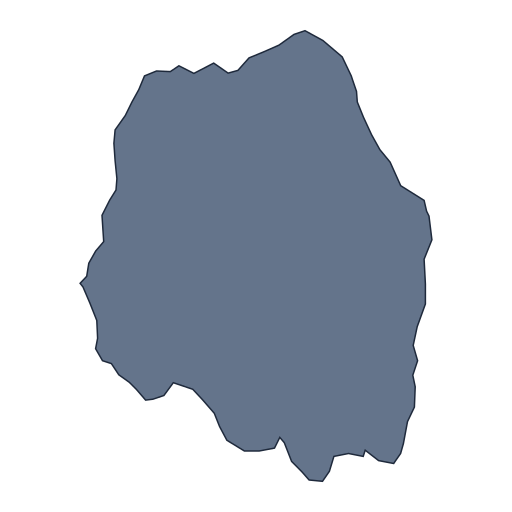 outline of Asgata, Limassol, Cyprus
{"feature_id": "46923920B23030573585973", "entity_name": "Asgata", "entity_type": "district", "adm_level": 2, "iso_a3": "CYP", "parent_name": "Cyprus", "parent_adm1": "Limassol", "projection": "natural_earth1", "projection_center": [33.25, 34.775], "detail": "fine", "context": "isolated", "style": "filled", "palette": "slate", "viewbox_px": 512, "rotation_deg": 0, "n_neighbors": 0, "source": "geoboundaries", "source_scale": "gbopen_adm2", "svg_char_len": 1242}
<svg xmlns="http://www.w3.org/2000/svg" viewBox="0 0 512 512"><path d="M80.1,283.3L83.0,287.0L89.9,303.1L96.8,320.5L97.6,338.3L95.6,348.7L102.5,360.7L111.4,363.6L118.8,374.8L129.3,382.3L136.3,389.3L142.0,395.9L145.6,400.1L152.9,399.2L163.9,395.5L173.3,382.7L192.8,389.3L202.5,399.7L214.3,413.3L219.6,426.6L226.9,440.3L244.4,451.0L259.1,451.0L274.5,448.1L279.8,437.4L284.3,442.7L291.6,461.4L301.8,471.7L309.1,480.0L322.5,481.3L329.4,471.3L333.9,456.4L348.5,453.5L363.2,456.4L365.2,450.2L378.6,460.6L393.7,463.5L395.3,461.1L400.6,453.5L403.4,443.6L407.5,421.6L414.4,407.1L415.2,386.8L412.8,375.2L417.6,360.7L413.2,345.4L417.2,326.7L425.4,304.0L425.4,284.1L424.1,259.2L431.9,239.8L429.0,216.1L426.6,211.2L424.1,200.4L400.7,185.7L390.1,162.1L379.9,149.7L371.6,134.8L363.5,117.3L357.3,102.0L356.5,91.4L352.5,79.7L351.3,76.0L342.2,56.9L336.9,52.4L322.9,40.5L305.0,30.7L294.0,34.4L279.0,45.1L263.1,52.1L249.0,57.9L237.9,70.4L228.1,73.1L213.7,63.1L193.9,73.4L178.9,65.8L170.3,71.6L156.5,71.0L144.5,75.9L138.8,89.6L131.9,102.1L125.3,115.5L115.1,129.9L113.9,143.3L115.1,160.7L116.9,178.7L116.0,190.0L109.7,200.1L102.0,215.3L102.8,227.8L103.7,241.6L95.7,251.0L88.8,263.2L86.7,276.3L80.1,283.3Z" fill="#64748b" stroke="#1e293b" stroke-width="1.5"/></svg>